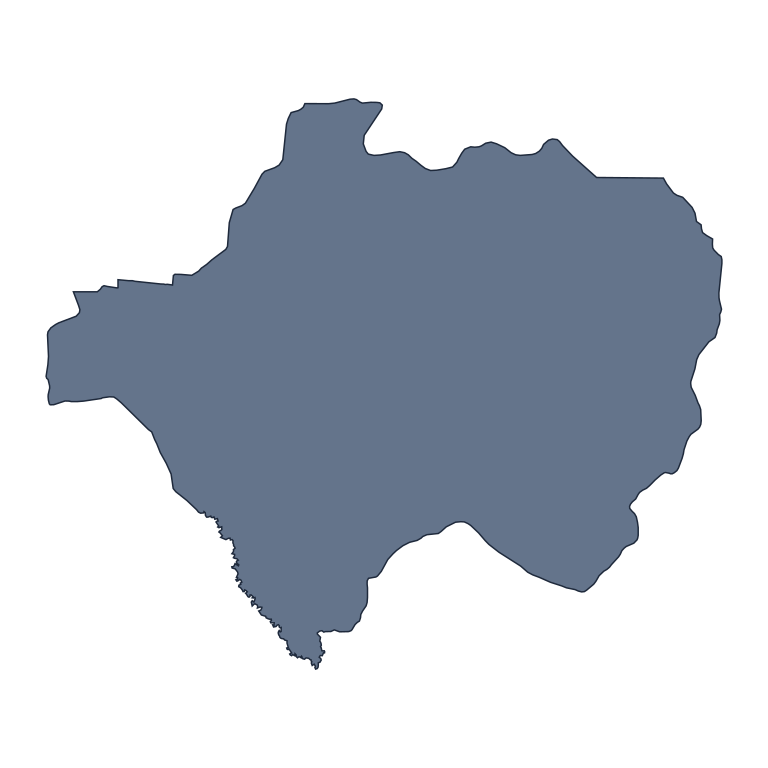 Ponhea Kraek, Kâmpóng Cham, Cambodia (Albers equal-area conic projection)
{"feature_id": "14789045B85253678396589", "entity_name": "Ponhea Kraek", "entity_type": "district", "adm_level": 2, "iso_a3": "KHM", "parent_name": "Cambodia", "parent_adm1": "Kâmpóng Cham", "projection": "albers", "projection_center": [105.837, 11.75], "detail": "fine", "context": "isolated", "style": "filled", "palette": "slate", "viewbox_px": 768, "rotation_deg": 0, "n_neighbors": 0, "source": "geoboundaries", "source_scale": "gbopen_adm2", "svg_char_len": 6100}
<svg xmlns="http://www.w3.org/2000/svg" viewBox="0 0 768 768"><path d="M317.1,668.6L318.0,667.4L318.3,665.7L318.3,662.8L320.0,662.2L321.2,660.1L320.8,658.6L319.2,657.2L320.3,655.5L322.3,655.7L323.5,652.8L324.5,652.9L324.7,651.8L324.3,650.8L321.9,650.8L321.1,647.5L320.5,646.7L321.3,645.3L321.1,643.7L320.6,642.2L319.8,641.2L320.5,637.3L317.4,634.1L317.3,632.9L319.7,631.1L321.9,630.7L323.8,632.1L325.4,631.6L330.9,631.5L334.3,629.9L339.6,631.8L348.7,631.6L351.0,630.7L352.0,629.7L355.1,624.5L357.3,622.4L359.4,621.1L360.5,617.8L360.8,614.5L362.6,611.0L366.1,605.9L367.1,602.5L367.5,597.5L367.5,587.8L367.1,584.0L367.2,580.8L368.5,578.3L375.9,577.0L377.5,576.0L381.3,571.4L387.8,559.5L393.0,553.8L396.5,550.5L402.9,545.7L409.6,542.3L417.2,540.4L421.0,538.2L422.8,536.5L426.9,534.7L438.3,533.5L441.1,531.5L446.3,526.8L455.5,522.2L460.8,521.7L464.3,521.9L468.0,523.6L470.8,525.5L478.6,532.9L485.2,540.6L488.9,544.4L498.9,552.2L520.7,566.1L527.7,572.2L532.8,574.9L539.2,577.3L550.5,582.3L561.7,585.9L566.4,587.8L575.1,589.6L578.2,591.0L581.6,591.9L584.4,591.6L586.7,590.1L593.7,584.2L595.9,581.3L599.1,575.7L603.8,571.2L606.9,569.4L609.5,567.2L611.4,564.7L618.6,556.8L620.3,554.2L621.9,550.6L624.2,548.1L626.2,546.5L633.8,543.2L637.0,539.9L637.7,538.1L638.2,535.3L638.2,527.6L637.5,522.3L636.3,516.8L634.5,513.6L632.1,511.3L629.7,508.4L629.6,506.2L630.6,504.0L632.4,501.8L635.7,499.0L638.1,494.5L639.6,492.4L642.6,490.2L646.5,488.3L649.6,485.6L655.1,480.0L660.7,475.1L664.2,472.8L665.5,472.5L669.2,473.2L670.6,473.8L672.2,473.8L674.3,472.7L676.9,470.6L678.4,468.1L682.1,458.3L683.4,453.6L684.0,449.8L686.9,441.0L689.3,436.5L690.9,434.3L698.0,429.1L699.6,427.1L700.8,424.3L701.2,420.7L700.7,409.6L699.4,405.6L698.0,402.9L695.2,395.3L691.2,387.3L690.7,383.6L690.8,381.6L694.9,368.9L696.7,359.6L698.9,354.6L708.9,341.8L715.0,337.5L716.7,333.1L717.1,329.8L719.3,323.9L719.9,320.4L719.6,314.6L720.8,312.0L721.5,309.2L719.5,300.9L719.0,297.8L718.9,292.9L721.9,263.5L721.9,259.7L721.2,256.5L718.3,254.5L714.1,250.2L712.7,247.9L712.4,244.1L712.6,239.0L706.7,235.6L702.6,232.6L701.5,228.8L701.1,224.8L696.5,221.5L695.0,213.2L692.1,207.4L682.7,197.3L676.9,195.3L673.4,193.0L666.6,183.9L663.4,178.1L596.6,177.5L572.5,156.0L562.5,145.5L559.6,141.6L557.2,139.6L552.4,139.0L548.5,140.2L543.6,144.4L541.8,148.3L539.4,151.1L535.7,153.5L532.1,154.5L520.2,155.4L515.6,154.8L511.1,152.7L504.8,147.7L496.6,143.8L491.1,142.1L485.7,143.2L481.4,145.9L479.0,146.8L474.8,147.2L470.7,146.8L464.7,149.2L461.8,153.1L458.7,158.5L456.9,162.2L452.6,167.0L445.8,168.7L436.7,170.2L430.6,170.5L425.3,168.5L420.8,165.2L416.2,161.3L411.9,158.3L408.3,154.8L404.6,152.7L399.8,151.7L393.9,152.5L380.4,155.0L374.0,155.4L368.3,154.1L366.1,151.4L363.3,143.9L364.2,135.3L381.7,109.0L382.3,105.1L379.9,102.8L376.7,102.4L370.8,102.3L362.4,103.1L360.0,102.1L356.5,99.6L354.0,98.9L350.0,99.2L334.7,103.1L328.6,103.7L304.9,103.6L303.3,107.2L300.9,109.2L298.3,110.6L291.1,112.6L288.3,118.4L286.5,124.1L282.8,159.7L279.1,165.1L274.7,167.7L264.8,171.3L262.0,174.2L254.3,188.4L245.4,203.2L241.9,205.7L235.8,208.0L233.1,209.5L229.3,222.6L227.5,246.5L225.8,249.4L212.0,259.7L206.7,264.4L201.4,268.1L198.7,271.1L191.8,275.3L180.8,274.4L174.9,274.3L173.4,275.5L172.5,285.0L167.4,284.3L165.1,284.5L163.9,284.1L160.8,284.0L135.0,281.3L132.5,280.7L128.8,280.7L118.0,279.7L118.0,287.7L117.0,287.9L107.6,286.5L104.0,285.7L102.1,286.7L100.4,289.2L97.3,291.8L73.4,291.8L78.5,305.3L79.9,309.7L79.4,312.7L76.2,316.2L58.8,322.8L55.6,324.5L50.9,327.8L48.0,331.8L47.5,334.8L48.5,356.4L47.9,364.6L46.1,376.3L46.7,378.3L48.1,379.5L49.6,385.8L49.7,388.1L48.2,394.6L48.1,396.8L48.4,400.2L49.3,403.8L50.2,404.8L53.8,404.7L65.0,401.0L69.0,401.1L71.3,401.6L77.2,401.6L83.6,401.1L101.3,398.5L102.4,397.8L109.5,396.8L113.8,397.0L116.7,398.9L121.3,402.8L148.5,429.6L151.7,431.9L154.7,439.6L156.8,443.8L160.3,452.6L166.3,463.4L171.1,474.0L173.2,488.5L175.8,491.7L186.9,500.5L196.6,509.7L198.5,512.1L200.6,513.2L203.6,512.9L204.0,511.6L205.2,512.6L205.5,515.5L206.6,517.1L208.0,517.1L210.8,516.1L211.3,517.4L212.4,517.6L214.0,517.0L214.8,519.2L217.4,518.6L218.1,521.0L217.1,521.1L216.0,522.0L218.7,526.0L217.7,527.0L218.9,527.7L221.7,526.8L221.8,529.6L220.6,530.6L219.5,531.1L218.9,532.0L220.0,532.8L222.4,535.7L220.7,537.4L225.9,539.6L228.3,538.3L230.1,538.2L230.4,540.0L232.1,539.6L233.0,540.6L232.9,542.9L233.6,544.4L233.6,545.8L234.6,546.9L235.1,548.2L233.4,549.6L233.6,550.8L233.2,552.0L231.9,553.7L234.6,554.4L234.6,555.7L233.4,557.7L234.6,558.3L236.8,558.7L238.2,560.2L237.0,560.8L236.4,561.6L236.5,562.7L238.8,564.9L238.4,565.8L235.0,563.7L234.2,565.8L233.0,566.7L231.8,566.8L232.1,568.0L235.2,568.9L237.6,572.0L238.0,573.9L236.4,577.5L237.6,577.7L237.5,579.2L235.9,579.8L236.9,581.2L238.5,580.5L239.7,579.4L241.0,580.2L241.8,582.2L240.3,583.1L240.8,584.3L238.9,585.2L238.7,586.7L240.6,587.8L242.5,590.3L243.0,591.6L244.2,591.6L244.7,589.9L246.1,590.6L247.3,591.8L245.6,593.3L246.4,594.1L247.9,596.6L249.0,597.2L250.0,596.4L250.0,595.0L251.1,594.9L253.2,596.8L252.2,597.8L253.7,598.0L255.0,597.5L255.2,598.7L253.9,602.0L252.2,600.7L251.3,602.1L252.2,606.0L253.8,604.4L254.9,603.8L257.2,605.0L257.7,606.5L257.4,608.0L260.1,607.0L261.9,607.3L261.7,608.3L260.8,610.1L258.7,611.0L261.4,615.0L265.7,616.3L266.1,617.8L268.1,618.8L269.5,619.2L271.3,619.2L271.4,620.6L270.3,621.4L270.7,622.8L274.2,622.8L274.0,625.2L272.7,624.9L273.6,627.0L276.0,626.5L277.2,625.1L278.4,624.7L279.3,625.7L279.1,626.8L280.2,627.8L281.2,627.5L281.1,631.5L280.2,631.9L279.2,630.5L278.6,631.4L278.2,632.9L278.7,634.9L279.5,635.9L279.8,637.1L280.5,638.0L281.8,638.6L283.6,638.8L284.6,640.0L287.1,640.8L287.0,643.1L288.3,647.5L286.7,648.0L287.1,649.2L288.0,649.6L289.0,649.0L291.6,652.9L289.7,654.0L290.2,654.9L291.6,655.7L292.7,654.6L294.7,655.7L295.0,653.7L296.2,655.0L296.2,656.5L297.5,657.8L298.4,657.0L299.8,656.9L300.6,657.5L301.5,656.2L302.1,657.2L301.9,658.2L302.9,658.8L304.5,659.2L306.1,657.9L308.7,658.3L310.1,659.6L311.1,659.9L311.1,660.9L311.8,661.7L311.3,663.0L312.2,665.5L314.2,664.2L315.4,666.2L314.9,667.5L315.6,669.1L317.1,668.6Z" fill="#64748b" stroke="#1e293b" stroke-width="1.5"/></svg>